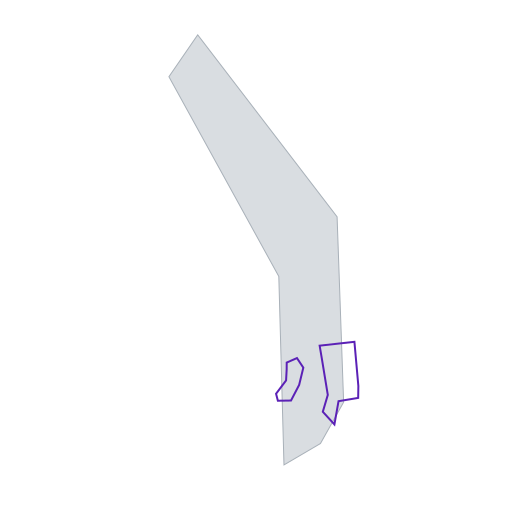 Warwick highlighted on a map of Bermuda, rotated 292°
{"feature_id": "BMU-5144", "entity_name": "Warwick", "entity_type": "state/province", "adm_level": 1, "iso_a3": "BMU", "parent_name": "Bermuda", "parent_adm1": "", "projection": "orthographic", "projection_center": [-64.817, 32.272], "detail": "fine", "context": "in_parent", "style": "outline", "palette": "violet", "viewbox_px": 512, "rotation_deg": 292, "n_neighbors": 0, "source": "natural_earth", "source_scale": "10m", "svg_char_len": 564}
<svg xmlns="http://www.w3.org/2000/svg" viewBox="0 0 512 512"><g transform="rotate(292 256 256)"><path d="M322.7,316.5L153.3,392.0L106.3,386.0L72.8,360.2L245.6,284.8L389.6,108.1L439.2,119.1L322.7,316.5Z" fill="#d9dde1" stroke="#a8b0b8" stroke-width="1"/><path d="M129.2,391.8L136.6,376.3L154.1,374.6L185.5,355.5L196.7,348.6L213.3,379.4L173.8,399.6L162.7,403.9L152.3,386.9L129.2,391.8ZM170.2,341.7L152.6,344.3L135.1,342.6L130.0,330.5L135.8,326.2L151.9,330.5L162.1,327.0L168.7,324.4L176.7,332.2L170.2,341.7Z" fill="none" stroke="#5b21b6" stroke-width="2"/></g></svg>